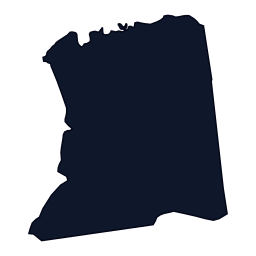 Seberang Perai Selatan, Pulau Pinang, Malaysia (orthographic projection)
{"feature_id": "92858781B33642984560897", "entity_name": "Seberang Perai Selatan", "entity_type": "district", "adm_level": 2, "iso_a3": "MYS", "parent_name": "Malaysia", "parent_adm1": "Pulau Pinang", "projection": "orthographic", "projection_center": [100.455, 5.21], "detail": "fine", "context": "isolated", "style": "filled", "palette": "ink", "viewbox_px": 256, "rotation_deg": 0, "n_neighbors": 0, "source": "geoboundaries", "source_scale": "gbopen_adm2", "svg_char_len": 2137}
<svg xmlns="http://www.w3.org/2000/svg" viewBox="0 0 256 256"><path d="M211.7,79.5L203.6,26.9L203.5,25.9L199.3,24.4L196.5,21.1L193.8,18.7L189.0,15.7L185.6,15.7L182.9,16.0L178.7,16.9L175.4,17.2L172.3,16.0L167.8,15.4L164.2,16.0L163.3,18.1L160.5,20.2L156.9,22.0L150.5,24.4L144.8,23.8L141.5,23.2L137.5,22.3L135.1,22.8L134.8,23.9L134.6,25.3L134.4,26.7L133.9,27.3L132.7,27.4L131.3,26.5L129.6,26.4L128.4,27.2L128.3,28.5L127.4,30.0L126.2,30.3L125.7,28.6L126.1,27.7L126.6,26.5L126.8,25.6L126.8,24.7L126.5,23.9L126.0,23.9L125.6,24.9L124.7,26.7L123.2,26.9L122.4,26.4L121.5,25.0L120.5,24.1L119.3,23.8L118.4,24.0L118.3,24.8L118.9,25.5L119.3,26.4L119.7,27.2L120.5,28.5L121.2,29.1L122.0,29.2L122.9,29.2L124.1,28.9L124.5,30.7L124.3,31.1L123.4,31.5L122.3,31.9L121.3,31.7L119.7,31.2L118.4,31.1L116.5,31.8L115.2,31.9L112.1,31.1L111.3,31.0L110.1,33.3L109.0,34.3L108.0,34.6L105.1,35.0L103.3,34.2L102.8,32.8L102.6,31.0L102.5,28.1L102.1,27.9L101.6,28.9L100.7,29.7L99.9,30.9L99.6,31.7L98.6,32.0L97.1,32.0L95.6,31.5L94.1,31.5L93.0,31.7L91.6,32.1L90.4,32.5L89.6,33.7L89.6,34.9L90.2,37.1L90.4,38.5L90.6,40.0L90.3,41.1L89.7,42.0L87.2,43.5L85.4,43.8L84.2,44.1L83.7,45.1L83.2,46.0L82.2,46.5L81.1,47.1L78.3,44.1L77.3,41.2L77.1,38.9L76.9,36.2L76.8,34.5L75.7,32.9L74.0,32.4L72.6,32.1L70.3,32.2L67.3,35.2L60.5,39.6L57.4,41.7L56.1,42.8L55.1,44.5L54.0,45.4L52.4,46.6L50.1,49.5L48.6,50.7L47.4,51.9L46.9,53.2L46.9,54.7L45.3,56.7L43.1,57.3L43.7,61.2L45.4,61.4L46.9,61.6L47.9,62.6L48.8,62.9L50.5,63.5L50.9,64.2L51.1,66.0L57.1,80.7L61.6,93.1L66.7,107.9L66.7,112.5L66.1,115.8L65.2,119.1L65.2,121.6L68.6,125.5L72.2,128.5L70.4,130.6L67.7,130.6L64.6,132.1L63.4,134.9L63.1,138.2L61.6,147.3L61.0,152.4L61.3,156.4L61.6,160.3L59.5,164.2L58.3,167.8L58.0,171.5L66.7,176.3L68.0,180.6L60.7,185.1L51.5,195.2L44.5,206.3L43.1,208.4L40.0,215.9L39.3,217.5L37.3,218.5L35.2,220.2L32.3,223.1L30.3,228.5L28.9,233.5L33.6,234.0L41.7,240.6L153.1,224.6L153.3,224.3L155.3,220.8L156.6,217.3L160.1,214.8L163.8,213.4L169.8,212.1L173.7,211.1L184.3,213.4L195.3,215.9L205.6,218.6L213.4,220.2L219.0,218.6L227.1,213.8L223.2,188.6L211.2,81.3L211.7,79.5Z" fill="#0f172a" stroke="#020617" stroke-width="1.5"/></svg>